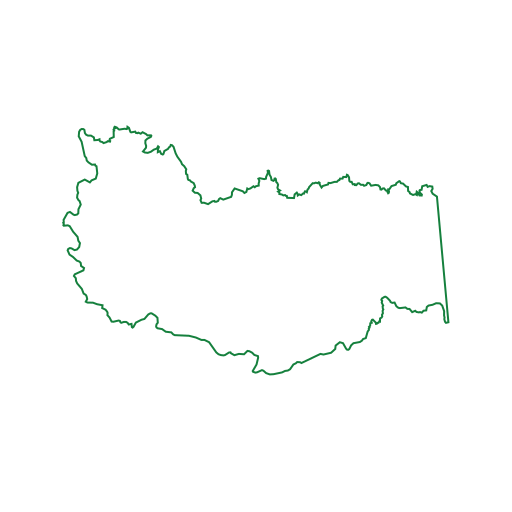 outline of Yavaraté (Cor. Departamental), Vaupés, Colombia, rotated 195°
{"feature_id": "7082276B57930571389360", "entity_name": "Yavaraté (Cor. Departamental)", "entity_type": "district", "adm_level": 2, "iso_a3": "COL", "parent_name": "Colombia", "parent_adm1": "Vaupés", "projection": "mercator", "projection_center": [-69.777, 0.831], "detail": "fine", "context": "isolated", "style": "outline", "palette": "green", "viewbox_px": 512, "rotation_deg": 195, "n_neighbors": 0, "source": "geoboundaries", "source_scale": "gbopen_adm2", "svg_char_len": 6140}
<svg xmlns="http://www.w3.org/2000/svg" viewBox="0 0 512 512"><g transform="rotate(195 256 256)"><path d="M96.6,360.2L101.5,361.9L103.5,364.1L102.8,366.6L103.7,368.7L106.5,368.4L108.1,367.2L109.6,368.8L113.5,366.4L113.2,362.8L114.9,362.0L115.0,361.5L114.1,359.6L111.7,358.3L111.6,357.3L113.8,356.8L116.0,359.1L117.4,359.7L117.3,358.2L116.2,358.0L116.3,356.5L118.0,357.0L120.1,355.6L123.5,356.3L124.1,357.4L125.9,358.2L127.1,362.0L129.1,362.0L132.7,364.0L134.9,363.8L136.3,365.3L137.0,365.4L139.3,362.6L139.4,361.0L143.2,358.6L144.5,355.0L145.5,354.6L144.2,352.7L144.1,351.4L144.6,350.8L146.5,353.0L147.5,352.9L149.9,354.5L151.1,354.0L152.0,352.6L153.0,352.5L154.0,354.6L156.1,355.9L158.9,355.6L163.0,353.7L165.2,355.6L166.8,355.7L167.3,355.3L167.8,353.1L169.8,351.8L170.9,352.5L173.1,351.9L175.4,352.9L176.6,352.3L177.4,350.4L178.9,350.1L179.3,351.0L181.1,350.3L182.8,352.4L184.1,352.0L185.3,352.7L186.5,356.1L188.4,357.9L189.2,358.0L189.2,355.6L192.2,355.0L192.4,353.2L194.9,352.5L195.1,350.9L195.9,350.6L197.1,348.5L199.2,348.0L202.9,345.7L204.9,345.4L204.9,343.8L209.5,341.0L210.4,339.1L213.2,341.8L213.4,343.1L214.4,343.5L215.3,342.3L217.3,342.3L218.8,341.2L220.1,341.0L222.6,336.1L222.6,334.8L223.4,333.6L223.4,330.8L224.5,331.3L225.5,331.1L225.8,328.7L226.6,328.7L228.1,326.5L230.1,326.7L231.3,325.3L231.9,326.8L233.0,327.8L234.6,325.5L234.3,321.8L240.9,320.3L241.8,322.0L242.6,321.8L243.7,322.4L245.3,321.6L246.9,322.1L249.5,321.9L249.9,323.4L251.3,323.9L249.8,325.5L251.9,326.1L253.0,327.5L253.1,330.5L254.3,332.0L255.5,332.6L256.8,335.5L257.4,335.9L258.1,335.6L258.0,333.9L258.6,333.1L260.7,333.4L262.0,336.1L264.0,338.1L265.4,341.5L266.2,341.7L266.8,341.3L266.0,339.4L266.7,335.0L266.4,333.3L267.9,332.4L272.6,332.1L273.7,331.3L272.2,329.4L272.2,326.7L271.6,324.7L274.1,323.4L275.0,322.1L276.5,322.7L278.9,319.8L280.9,318.5L281.9,318.9L281.9,315.4L283.5,313.9L285.5,315.1L294.1,315.7L295.7,311.3L295.1,308.9L295.3,306.7L302.2,302.0L305.5,302.6L306.5,301.3L306.8,299.4L308.3,298.2L309.8,297.8L310.4,298.4L312.3,297.5L315.7,293.7L320.0,294.0L322.3,293.3L324.1,295.6L323.8,297.3L325.4,300.2L328.7,301.8L331.4,301.3L334.1,302.7L333.7,305.4L332.7,306.7L333.4,308.2L335.1,310.3L338.2,311.1L339.4,312.0L341.0,312.0L341.8,312.8L343.4,316.7L344.8,317.2L345.8,320.0L345.8,321.7L348.6,324.2L351.2,325.5L352.8,327.6L357.7,331.6L360.2,334.4L363.9,340.1L365.8,341.3L367.1,341.2L367.2,339.5L368.2,338.4L368.7,336.7L371.7,333.7L371.8,330.6L372.3,329.9L374.0,330.1L376.0,332.4L377.7,330.9L378.3,333.5L378.0,336.1L379.0,336.6L379.6,334.1L382.2,332.3L384.5,329.5L387.3,327.6L390.2,327.2L392.2,327.7L390.3,332.1L390.6,333.9L392.1,336.3L392.7,339.0L391.3,341.2L388.4,343.8L388.2,345.0L388.7,345.4L392.1,344.4L393.7,345.3L397.6,346.2L399.0,344.3L401.6,344.7L402.2,344.0L403.8,343.8L404.8,344.9L408.6,343.1L409.5,343.4L411.9,346.9L413.6,347.5L413.3,345.6L413.9,345.1L415.9,344.9L420.6,342.8L421.4,342.8L423.8,344.1L425.9,344.3L426.2,343.6L425.3,342.8L426.0,342.4L426.3,341.1L425.4,340.3L425.8,339.6L424.2,334.1L427.5,331.4L427.5,329.6L426.6,329.3L426.6,328.7L429.0,328.5L429.7,327.4L432.5,325.6L433.9,326.3L436.0,326.3L437.0,327.0L437.4,328.2L438.9,327.1L442.1,326.0L443.3,328.6L446.6,329.6L449.5,328.8L451.5,329.2L453.1,330.5L454.4,333.4L455.5,333.9L457.2,333.6L458.4,332.4L459.0,330.2L458.2,325.7L454.0,321.2L447.3,308.2L445.3,306.7L444.2,304.4L442.1,303.1L438.1,301.7L435.2,302.7L434.5,301.7L433.3,301.4L430.7,294.7L430.8,289.3L434.4,286.5L435.5,284.1L441.2,285.5L446.5,280.7L446.6,276.2L445.4,272.8L444.1,271.0L444.4,269.0L443.9,266.0L441.8,263.9L440.6,263.4L438.6,260.3L439.6,255.2L438.7,251.2L439.6,249.7L441.7,248.6L443.0,248.7L447.1,250.4L449.2,248.9L451.2,241.1L450.4,238.8L450.8,238.2L449.9,237.2L450.0,235.8L449.5,235.5L445.7,236.9L443.7,236.6L438.9,232.1L433.3,228.3L431.6,224.8L429.4,222.9L429.1,218.9L430.6,215.9L432.8,214.7L436.1,215.6L437.8,215.5L439.2,214.2L439.4,212.7L436.5,209.1L432.5,207.7L428.0,205.2L425.1,204.9L423.5,203.9L422.4,201.1L419.0,199.9L419.0,197.5L426.3,191.4L426.7,189.6L424.3,187.9L423.4,185.4L421.6,183.2L415.7,179.1L412.8,175.1L410.4,174.4L409.2,173.2L407.9,170.7L408.6,167.8L406.8,167.4L401.4,168.7L397.0,168.3L391.5,168.7L391.1,165.9L387.4,165.2L385.3,163.6L384.6,162.6L384.2,160.4L381.6,158.7L378.5,155.3L376.7,155.6L372.0,158.1L370.7,158.1L369.8,156.9L368.9,156.6L366.6,158.1L364.4,158.7L362.7,158.2L361.2,156.9L358.7,158.2L357.5,155.2L356.7,154.9L356.0,155.8L354.8,160.6L350.1,164.8L347.5,166.3L344.9,171.7L343.2,173.3L342.0,173.6L337.8,172.3L335.2,170.8L333.6,166.1L334.4,164.3L334.3,162.3L333.7,161.3L332.4,160.7L327.8,161.1L323.6,159.5L318.0,160.3L315.8,158.9L314.1,158.5L300.1,161.6L293.0,161.7L287.0,160.8L284.1,161.6L279.0,160.6L269.4,152.6L266.8,151.4L264.3,151.2L261.6,151.6L260.3,152.3L257.1,155.8L255.7,156.3L255.1,155.6L251.2,154.6L247.2,157.0L242.1,158.0L239.7,162.1L237.7,162.3L234.7,161.6L232.0,160.0L228.2,159.8L227.6,158.3L227.4,151.3L229.4,144.0L228.9,143.4L226.4,143.2L224.9,143.9L220.7,147.3L219.1,147.1L215.9,145.5L212.0,145.2L208.4,146.4L200.7,150.3L198.2,152.5L195.6,153.6L193.8,155.4L191.8,160.9L189.7,162.7L188.8,164.2L185.9,164.8L184.4,164.4L168.4,178.1L165.3,178.3L158.4,182.0L155.4,186.7L155.9,190.1L152.7,194.4L149.4,194.3L145.0,189.8L143.8,189.1L142.6,189.3L141.8,190.3L141.0,194.3L139.3,197.0L133.4,199.8L131.8,201.6L131.1,203.5L128.7,205.1L128.6,212.0L127.8,213.9L128.3,215.1L127.8,216.2L128.5,216.8L127.7,218.2L128.2,220.6L126.9,221.5L127.8,222.7L127.4,224.4L126.7,224.8L123.1,222.7L122.5,221.5L121.7,221.9L121.3,222.9L120.4,223.2L119.9,225.0L119.3,224.9L120.0,227.8L118.8,229.0L118.4,230.2L119.1,231.8L118.6,233.5L119.5,235.7L119.2,237.4L119.8,237.9L120.7,240.2L120.3,241.0L122.5,243.5L122.5,245.3L123.6,246.1L123.4,247.5L121.3,249.8L120.3,250.2L118.5,249.6L115.0,247.5L114.0,246.3L112.2,246.0L110.1,246.9L107.4,243.8L105.1,242.8L103.5,242.9L98.3,245.0L96.1,244.1L94.0,244.6L90.6,242.2L88.0,244.3L86.5,243.5L84.0,243.7L83.1,244.3L81.2,244.2L80.0,246.5L77.5,247.5L77.8,251.0L76.5,252.8L72.8,254.6L69.8,257.0L66.1,257.8L63.3,256.3L60.0,251.4L59.0,247.4L57.9,245.2L57.8,243.8L56.4,241.4L55.2,240.6L53.0,241.8L96.6,360.2Z" fill="none" stroke="#15803d" stroke-width="2"/></g></svg>